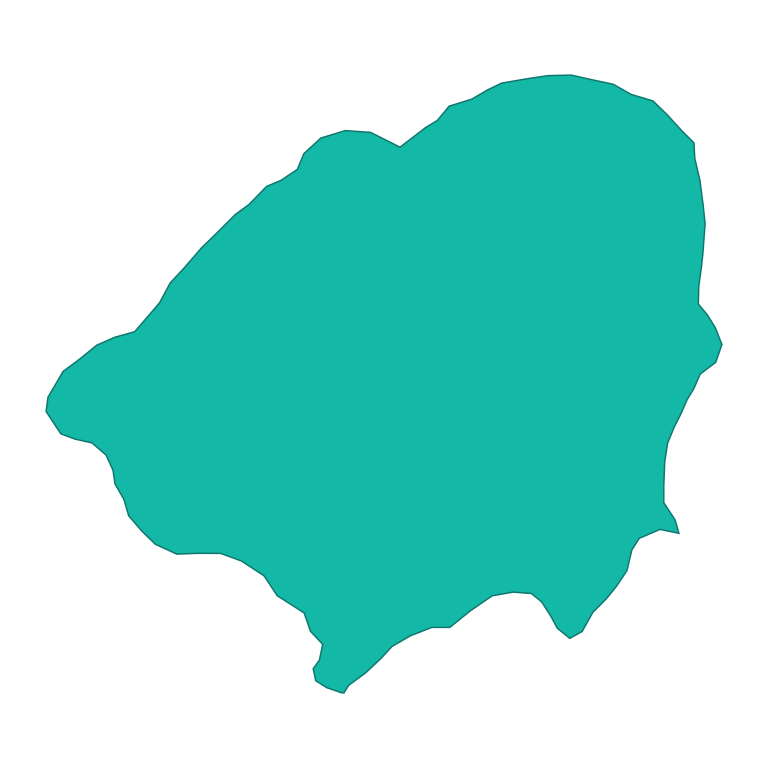 Shahbuz District, Şahbuz, Azerbaijan
{"feature_id": "54616110B68105682916253", "entity_name": "Shahbuz District", "entity_type": "district", "adm_level": 2, "iso_a3": "AZE", "parent_name": "Azerbaijan", "parent_adm1": "Şahbuz", "projection": "orthographic", "projection_center": [45.639, 39.439], "detail": "fine", "context": "isolated", "style": "filled", "palette": "teal", "viewbox_px": 768, "rotation_deg": 0, "n_neighbors": 0, "source": "geoboundaries", "source_scale": "gbopen_adm2", "svg_char_len": 1495}
<svg xmlns="http://www.w3.org/2000/svg" viewBox="0 0 768 768"><path d="M678.9,533.3L675.1,519.9L663.8,502.7L663.8,485.5L664.7,462.1L667.6,443.2L674.3,426.9L681.1,413.5L687.0,399.9L693.7,388.9L700.2,374.1L715.8,362.2L721.9,344.5L715.4,327.9L707.4,314.9L698.3,304.0L698.8,285.9L701.4,267.3L702.9,253.4L705.1,223.6L703.2,205.6L699.9,180.2L694.8,158.5L693.9,142.8L682.3,131.3L667.1,114.7L652.9,100.9L631.3,94.5L613.3,84.3L589.9,79.3L571.5,75.1L548.5,75.6L529.2,78.4L501.6,83.1L487.4,90.0L471.7,99.2L449.2,106.1L437.3,120.5L425.8,127.4L400.0,147.2L370.6,132.4L345.3,130.6L320.9,138.0L303.9,153.6L297.4,169.3L280.9,180.4L266.6,186.4L249.1,204.4L235.3,214.5L217.3,232.5L201.2,248.2L184.1,268.0L173.6,279.3L170.3,282.8L159.6,302.7L148.6,315.6L134.7,331.7L114.9,337.2L96.9,345.1L79.9,358.9L63.2,371.3L48.0,397.2L46.1,411.5L60.8,433.8L75.0,439.1L92.0,442.9L106.1,455.1L113.0,470.2L115.0,484.0L123.8,499.1L128.7,515.8L142.0,531.3L155.4,544.3L176.8,554.1L197.9,553.3L220.6,553.4L241.7,561.1L242.0,561.4L264.0,575.8L277.3,595.8L304.1,612.9L310.5,631.3L322.7,644.3L319.4,660.2L313.2,668.7L315.7,680.7L326.8,687.7L341.6,692.8L344.0,692.9L344.0,692.7L348.7,685.3L365.7,672.8L381.0,658.4L392.1,646.4L410.5,635.7L431.8,627.4L449.8,627.4L470.5,610.7L492.2,595.8L513.0,592.1L531.4,593.5L541.6,601.8L550.8,616.2L557.3,628.2L569.8,638.4L582.2,631.4L592.8,612.4L606.6,598.5L616.3,586.5L626.9,570.7L631.9,549.8L639.3,538.3L660.0,529.4L678.0,533.1L678.9,533.3Z" fill="#14b8a6" stroke="#0f766e" stroke-width="1.5"/></svg>